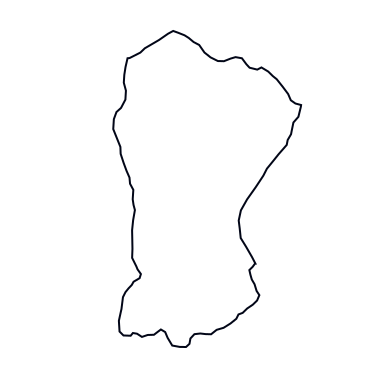 Ånge, Västernorrland, Sweden, rotated 281°
{"feature_id": "70781695B50013402635272", "entity_name": "Ånge", "entity_type": "district", "adm_level": 2, "iso_a3": "SWE", "parent_name": "Sweden", "parent_adm1": "Västernorrland", "projection": "albers", "projection_center": [15.637, 62.483], "detail": "fine", "context": "isolated", "style": "outline", "palette": "ink", "viewbox_px": 384, "rotation_deg": 281, "n_neighbors": 0, "source": "geoboundaries", "source_scale": "gbopen_adm2", "svg_char_len": 1662}
<svg xmlns="http://www.w3.org/2000/svg" viewBox="0 0 384 384"><g transform="rotate(281 192 192)"><path d="M133.8,267.9L139.5,263.4L148.5,255.6L156.1,248.6L165.3,245.8L172.9,243.3L183.3,243.5L195.3,247.5L208.8,253.6L221.6,258.9L229.2,261.1L237.4,265.5L245.6,269.8L256.3,276.0L261.3,276.0L267.6,278.2L268.4,278.2L271.4,278.2L279.6,278.3L286.1,282.1L296.6,282.6L298.2,282.5L298.6,276.6L300.9,271.5L306.5,267.7L312.4,261.2L318.9,253.6L321.1,249.4L324.8,243.8L327.5,236.4L324.6,232.7L325.0,224.8L327.7,221.1L332.8,215.5L332.7,209.0L330.3,204.4L326.5,198.4L325.5,192.4L327.7,184.5L331.3,177.6L337.7,171.0L339.5,165.0L342.6,159.4L344.4,154.8L345.7,147.9L346.5,142.8L342.8,138.3L334.9,130.6L324.1,118.3L319.0,114.7L311.6,105.2L311.0,103.2L302.0,102.9L294.1,103.2L286.3,104.2L278.9,107.8L270.0,109.0L261.0,106.3L256.1,102.6L248.6,101.4L238.7,102.7L222.6,113.1L215.8,114.7L207.4,119.4L200.3,123.7L194.2,127.9L188.3,129.6L182.9,134.0L173.5,135.2L168.1,137.1L163.4,139.4L153.1,139.6L143.0,140.5L134.2,142.4L124.8,144.4L115.9,145.8L108.3,151.6L105.7,153.3L101.7,157.5L97.4,157.0L92.8,151.8L89.2,150.6L85.5,148.2L81.0,145.8L75.6,144.3L63.6,145.1L60.7,145.0L51.6,144.8L41.2,147.5L38.1,152.1L39.2,159.2L42.3,160.9L42.4,165.1L40.2,170.5L43.2,175.8L44.6,181.9L47.9,184.8L51.1,187.7L49.4,192.4L44.2,195.9L37.5,201.9L37.6,209.5L38.7,215.7L41.5,217.8L42.5,218.5L47.9,218.4L52.9,221.5L54.7,227.2L55.1,232.4L56.0,237.9L61.4,242.5L64.7,248.9L70.3,254.9L76.0,259.7L80.7,261.0L83.0,264.8L88.2,268.4L93.0,273.2L97.9,276.6L103.6,277.8L107.2,274.3L113.4,271.0L117.5,267.4L122.0,265.1L126.3,263.2L130.1,265.8L133.7,267.5L133.8,267.9Z" fill="none" stroke="#020617" stroke-width="2"/></g></svg>